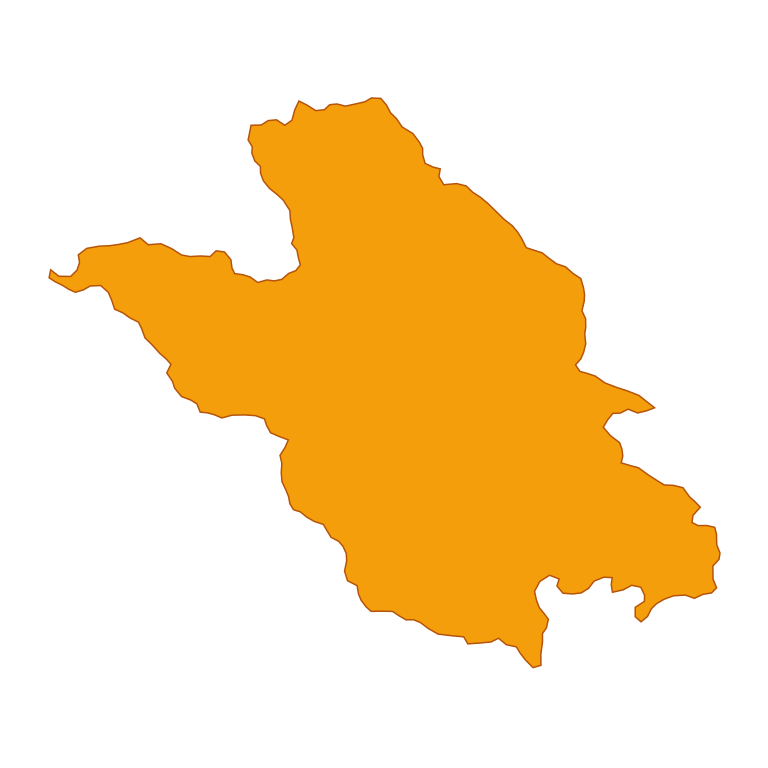 the district of Mar de Espanha, Minas Gerais, Brazil, rotated 269°
{"feature_id": "56859067B7164337679513", "entity_name": "Mar de Espanha", "entity_type": "district", "adm_level": 2, "iso_a3": "BRA", "parent_name": "Brazil", "parent_adm1": "Minas Gerais", "projection": "natural_earth1", "projection_center": [-43.018, -21.864], "detail": "fine", "context": "isolated", "style": "filled", "palette": "amber", "viewbox_px": 768, "rotation_deg": 269, "n_neighbors": 0, "source": "geoboundaries", "source_scale": "gbopen_adm2", "svg_char_len": 3480}
<svg xmlns="http://www.w3.org/2000/svg" viewBox="0 0 768 768"><g transform="rotate(269 384 384)"><path d="M670.2,376.3L666.6,370.1L664.6,360.9L662.5,350.3L664.8,341.8L664.2,334.6L659.3,329.2L658.5,320.5L664.2,311.9L668.4,303.9L659.7,299.6L649.4,296.6L644.4,289.3L650.0,281.2L649.4,272.8L645.1,265.7L645.0,255.6L630.4,252.4L623.5,256.4L617.3,255.9L609.3,258.7L603.7,264.2L597.1,264.2L589.2,267.0L581.6,272.9L575.3,280.5L569.4,286.6L559.1,292.9L550.2,293.3L542.3,294.9L532.0,296.4L526.0,294.1L519.4,299.3L512.2,300.5L504.6,302.4L498.9,297.8L496.2,290.6L490.3,283.5L489.0,276.0L490.1,268.7L487.7,259.6L493.3,252.1L495.7,244.9L497.0,236.6L502.7,234.0L510.9,233.1L518.8,226.8L520.1,218.5L514.5,212.4L515.2,202.4L514.8,192.3L516.5,183.9L523.0,174.1L528.1,163.5L527.4,150.6L534.4,142.7L529.7,129.8L528.1,120.6L527.0,111.7L526.8,101.8L524.8,89.2L518.5,80.6L510.8,81.7L503.3,79.1L497.0,72.6L497.4,60.8L504.0,52.7L496.0,51.0L492.0,57.0L488.1,64.5L484.0,70.8L481.1,77.1L483.4,85.2L487.1,91.9L487.4,102.5L480.4,110.0L472.5,113.2L463.5,116.0L459.7,124.1L454.4,131.3L450.1,139.6L443.4,142.7L434.2,145.9L426.6,153.4L418.6,160.3L412.8,166.7L407.4,171.3L398.9,167.0L390.2,172.6L383.5,174.6L375.0,181.3L371.3,190.6L367.4,196.6L359.1,199.7L358.2,207.2L356.2,213.9L352.9,221.3L355.5,231.6L355.5,244.6L354.6,254.9L351.2,263.9L344.6,265.9L337.3,269.7L333.3,278.3L329.7,287.4L322.4,284.0L314.5,278.8L306.3,280.5L297.2,279.7L288.1,280.3L279.2,284.3L272.9,286.7L265.9,287.8L259.9,291.3L257.6,298.1L252.0,304.8L247.8,311.9L244.7,320.9L237.7,324.8L231.6,328.4L227.6,335.8L222.5,340.1L215.3,343.3L208.0,343.6L197.6,341.3L187.9,344.1L182.9,353.6L174.6,354.8L168.1,357.4L161.5,362.2L156.9,367.2L156.9,376.3L156.5,388.5L151.6,395.6L147.8,402.0L147.8,409.4L144.9,416.1L138.3,424.7L133.0,433.7L131.1,447.5L129.8,459.3L122.7,463.3L123.4,476.3L124.2,486.5L127.8,494.0L121.2,501.8L118.9,511.7L112.3,515.6L105.6,520.6L97.8,528.1L100.0,536.0L111.3,536.1L123.4,538.0L131.8,538.1L137.4,542.2L145.9,544.2L151.9,539.9L157.8,535.3L165.4,532.6L174.1,530.9L183.9,536.4L189.9,546.2L186.0,555.7L179.0,553.4L171.7,559.3L170.8,569.1L171.7,577.6L176.1,584.9L183.3,590.7L187.0,600.5L186.4,608.8L179.4,607.7L171.8,608.8L174.0,619.5L178.4,628.1L176.4,637.1L168.5,640.8L162.2,640.6L156.3,631.3L147.0,631.1L141.7,636.8L147.0,643.4L154.6,647.4L159.6,652.6L163.9,660.3L167.2,669.8L167.7,681.6L164.3,690.6L168.1,699.2L169.4,707.9L174.4,713.0L183.1,709.6L196.2,709.6L202.9,715.9L209.1,717.0L217.4,713.9L227.9,713.8L234.9,712.2L236.9,704.1L236.9,695.7L240.1,689.5L247.2,690.6L255.3,698.1L260.7,693.1L266.0,687.4L275.1,681.1L277.6,671.5L278.2,662.3L282.2,656.1L288.5,646.6L295.7,637.1L298.7,627.0L301.0,619.8L307.9,621.5L314.8,620.7L321.2,618.6L328.4,609.5L336.9,602.5L344.0,606.8L350.6,612.3L350.8,619.8L354.6,627.6L350.6,637.1L352.5,645.7L355.5,654.1L361.4,646.9L368.1,638.7L372.7,627.6L376.6,616.3L381.2,604.9L388.2,595.4L391.1,587.2L393.2,580.1L399.8,575.8L405.8,581.3L412.0,584.1L420.6,586.4L430.5,585.6L437.1,586.7L445.7,586.7L453.7,583.2L463.2,585.6L469.5,586.1L476.5,585.2L486.0,582.6L490.9,575.3L498.0,567.5L501.2,558.5L506.9,551.0L512.4,544.4L514.8,537.3L517.8,528.6L527.6,523.9L533.9,520.0L539.9,515.1L546.2,507.3L554.4,499.2L562.8,490.9L569.0,483.7L574.3,475.9L580.6,469.6L583.1,460.2L582.2,447.2L590.5,442.5L598.1,444.0L600.0,436.9L603.8,429.0L612.3,426.7L619.0,426.7L625.1,423.6L633.8,417.3L640.7,406.6L649.0,401.2L655.0,395.3L662.9,391.3L669.6,385.8L670.2,376.3Z" fill="#f59e0b" stroke="#b45309" stroke-width="1.5"/></g></svg>